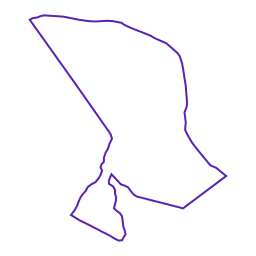 outline of Sampaio, Tocantins, Brazil
{"feature_id": "56859067B23367383514430", "entity_name": "Sampaio", "entity_type": "district", "adm_level": 2, "iso_a3": "BRA", "parent_name": "Brazil", "parent_adm1": "Tocantins", "projection": "mercator", "projection_center": [-47.925, -5.341], "detail": "fine", "context": "isolated", "style": "outline", "palette": "violet", "viewbox_px": 256, "rotation_deg": 0, "n_neighbors": 0, "source": "geoboundaries", "source_scale": "gbopen_adm2", "svg_char_len": 1311}
<svg xmlns="http://www.w3.org/2000/svg" viewBox="0 0 256 256"><path d="M226.2,176.0L223.3,173.7L216.3,167.9L210.3,165.3L196.5,148.5L192.1,142.7L187.5,134.9L185.2,130.0L185.3,126.5L185.8,122.7L184.5,112.4L186.6,107.0L187.1,103.0L186.1,90.4L185.7,85.4L184.5,78.2L183.4,70.7L182.0,63.2L179.8,56.3L177.7,53.3L171.8,48.0L166.3,43.3L154.3,38.0L150.6,35.7L146.1,33.9L130.8,27.9L123.9,24.6L121.6,22.8L112.5,21.1L106.5,20.8L95.2,21.5L89.4,21.2L79.2,19.8L63.1,16.6L44.7,15.4L41.6,15.8L36.7,17.6L32.8,18.1L29.8,19.8L75.1,83.4L110.4,133.8L112.0,138.6L109.4,144.0L108.0,148.6L105.7,152.5L104.0,157.4L103.8,161.9L101.6,164.2L100.5,167.3L102.1,170.7L100.3,175.5L98.5,178.4L95.5,182.1L91.5,184.2L87.7,187.1L85.7,191.0L83.2,193.6L80.7,197.0L78.9,200.9L77.2,205.6L74.6,210.2L71.0,215.0L79.5,220.3L90.6,225.7L94.3,227.7L98.7,229.9L102.9,232.2L106.1,233.7L110.8,236.2L114.9,238.8L118.7,240.6L122.1,240.2L123.7,237.2L125.5,234.3L124.7,230.3L123.3,226.6L122.9,223.0L122.5,219.8L121.9,216.1L119.8,213.0L117.3,211.4L114.0,208.4L114.9,204.3L116.0,200.4L116.1,197.0L115.0,193.7L115.1,190.2L113.1,186.4L108.9,183.7L108.9,180.4L110.1,177.5L111.5,174.3L114.9,177.9L117.9,181.1L120.9,184.4L124.9,185.7L128.2,187.4L130.5,190.8L133.9,194.7L137.0,196.6L179.5,207.4L183.0,208.4L226.2,176.0Z" fill="none" stroke="#5b21b6" stroke-width="2"/></svg>